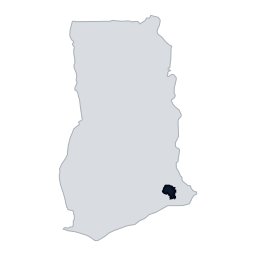 location of North Tongu, Volta, Ghana
{"feature_id": "2480657B35012095074914", "entity_name": "North Tongu", "entity_type": "district", "adm_level": 2, "iso_a3": "GHA", "parent_name": "Ghana", "parent_adm1": "Volta", "projection": "robinson", "projection_center": [0.298, 6.144], "detail": "fine", "context": "in_parent", "style": "filled", "palette": "ink", "viewbox_px": 256, "rotation_deg": 0, "n_neighbors": 0, "source": "geoboundaries", "source_scale": "gbopen_adm2", "svg_char_len": 5282}
<svg xmlns="http://www.w3.org/2000/svg" viewBox="0 0 256 256"><path d="M157.8,17.2L159.8,19.3L160.2,20.5L159.5,25.1L158.0,28.2L157.1,31.2L157.2,32.7L158.1,34.2L161.1,36.6L162.7,38.1L164.5,40.4L166.6,42.7L170.2,45.6L171.7,46.1L171.6,47.0L171.1,48.1L170.8,59.0L170.5,61.9L170.2,63.3L169.9,67.4L169.5,68.0L168.8,67.9L168.2,68.1L168.1,68.9L168.3,69.7L170.5,70.3L170.0,70.9L168.4,71.5L167.7,72.7L168.0,74.1L167.1,75.3L167.4,76.0L167.9,76.6L168.8,76.4L171.4,74.5L172.4,74.3L173.7,74.7L176.2,77.6L176.3,79.0L175.3,83.8L174.3,87.5L174.1,92.5L175.2,95.3L175.0,96.8L173.9,98.1L171.4,100.0L171.6,101.4L172.7,103.8L174.8,106.5L179.0,109.9L181.1,114.3L181.2,116.1L179.9,117.8L178.4,119.4L178.0,121.6L178.6,136.3L175.4,142.7L175.3,144.5L175.7,146.6L176.5,147.9L178.2,148.3L179.5,149.5L179.1,154.0L178.3,158.5L178.2,160.7L177.8,161.8L176.5,162.6L176.1,164.1L176.4,165.9L176.2,167.2L176.9,168.9L178.3,171.0L180.7,176.3L181.6,176.7L182.0,177.8L181.8,178.9L182.7,181.2L185.4,183.5L188.1,185.6L190.4,185.8L190.9,187.7L192.4,190.0L193.5,191.0L195.2,191.7L196.6,192.0L196.7,194.0L194.1,195.3L192.4,197.3L191.1,200.4L189.3,203.8L183.1,205.5L180.7,205.6L167.9,205.6L155.9,212.3L149.0,214.7L144.8,218.4L139.1,221.1L135.1,224.3L126.8,225.9L113.3,230.9L109.0,233.0L104.7,236.5L97.7,240.6L95.0,240.6L89.5,236.7L85.4,234.8L75.4,231.8L67.9,230.7L64.2,229.4L63.2,229.2L64.1,227.8L66.2,227.7L68.4,228.1L70.0,227.0L72.5,226.9L73.1,225.8L73.3,223.0L73.3,220.7L74.2,219.7L74.4,217.1L73.2,211.2L72.4,210.5L68.0,209.7L67.7,208.5L66.9,207.3L66.0,204.2L65.1,199.7L63.6,194.1L60.6,184.9L59.9,181.6L59.4,178.3L59.3,174.3L59.9,172.8L59.8,170.8L59.6,168.7L61.7,164.0L65.7,158.3L66.6,156.2L67.4,154.7L67.5,152.7L68.2,145.9L70.2,137.8L71.4,134.8L72.2,133.1L73.2,130.4L73.5,129.2L77.2,126.0L78.9,125.1L79.3,123.9L78.7,122.5L79.0,121.6L79.9,121.1L81.3,120.7L82.3,119.4L80.7,109.4L79.5,99.4L79.4,98.6L78.6,97.2L77.9,93.1L76.6,90.7L74.9,90.0L74.9,87.7L76.7,83.9L77.1,81.6L76.3,81.0L76.2,79.2L76.8,76.4L76.5,74.7L76.2,72.8L74.3,68.4L73.9,65.3L74.8,63.5L74.8,59.6L73.8,53.5L73.7,49.6L74.3,48.0L74.0,46.5L72.7,45.0L72.6,43.6L73.7,42.3L73.6,41.2L72.2,40.4L70.9,38.5L69.8,35.6L70.0,30.8L72.2,22.0L72.5,21.3L74.9,21.3L74.9,21.7L82.4,21.6L90.9,21.5L101.2,21.4L110.5,21.3L110.9,20.9L112.4,20.4L121.8,21.3L127.7,20.9L130.2,21.2L132.0,21.8L136.1,21.4L138.2,21.6L139.9,23.8L140.5,23.8L141.4,22.9L143.1,21.8L144.7,21.0L145.9,19.3L146.6,18.0L147.7,18.2L149.2,18.1L150.2,17.0L150.7,15.4L157.8,17.2Z" fill="#d9dde1" stroke="#a8b0b8" stroke-width="1"/><path d="M170.5,198.7L170.8,198.7L171.2,198.5L171.9,198.5L172.0,198.5L172.2,198.4L172.4,198.3L172.6,198.3L172.8,198.2L173.0,198.1L173.3,198.0L173.5,197.8L173.5,197.7L173.6,197.4L173.6,197.2L173.8,197.1L174.0,197.1L174.4,197.2L174.6,197.3L174.8,197.4L174.9,197.5L174.9,197.8L174.9,198.0L175.0,197.9L175.1,197.7L175.1,197.3L175.3,197.4L175.3,197.2L175.2,197.1L175.3,197.1L175.3,196.9L175.2,196.8L175.3,196.8L175.3,196.7L175.2,196.5L175.1,196.4L174.9,196.3L174.7,196.3L174.6,196.2L174.3,196.1L174.2,196.1L174.3,196.0L174.2,195.9L174.3,195.9L174.2,195.8L174.3,195.8L174.3,195.7L174.5,195.7L174.5,195.4L174.4,195.4L174.2,195.2L174.1,194.9L173.8,194.8L173.7,194.7L173.6,194.4L173.3,194.3L173.3,194.1L173.5,194.1L173.9,194.2L174.0,194.4L174.2,194.2L174.1,193.9L174.0,193.7L173.9,193.7L174.0,193.7L173.9,193.5L173.9,193.4L173.9,193.2L174.0,193.0L174.0,192.9L174.1,192.7L174.3,192.5L174.6,192.8L174.6,192.7L174.8,192.7L175.0,192.4L175.0,192.2L175.2,191.9L175.3,191.9L175.2,191.9L175.3,191.8L175.4,191.7L175.5,191.7L175.4,191.4L175.4,191.2L175.5,190.7L175.4,190.7L175.4,190.4L175.4,190.2L175.2,190.1L174.8,190.4L174.7,190.4L174.6,190.2L174.4,190.2L174.4,190.3L174.2,190.1L174.0,189.8L173.9,189.9L173.6,189.8L173.4,189.8L173.4,189.7L173.5,189.7L173.7,189.4L173.9,189.2L174.0,189.2L174.4,188.1L174.5,188.2L174.7,187.9L174.4,187.8L174.2,188.0L174.1,187.9L173.2,187.8L173.0,188.0L172.9,188.0L172.8,187.9L172.7,187.7L172.7,187.4L172.4,187.2L172.4,186.8L172.3,186.7L172.2,186.8L172.2,186.7L172.0,186.4L171.8,186.4L171.6,186.3L171.4,186.5L171.2,186.4L170.9,186.2L170.7,186.1L170.3,186.1L170.2,186.0L170.1,185.9L169.8,185.8L169.7,185.7L169.4,185.4L166.0,185.4L165.7,185.4L165.5,185.5L165.3,185.5L165.2,185.6L165.2,185.8L165.1,186.0L165.3,186.2L165.3,186.3L165.3,186.5L165.2,186.5L164.9,186.5L164.7,186.8L164.7,187.0L164.1,187.8L164.1,188.0L163.9,188.0L163.9,188.4L163.8,188.5L163.7,188.7L163.7,188.8L163.6,189.2L163.6,189.4L163.1,190.5L162.8,190.9L162.8,191.0L162.8,191.4L162.7,191.4L162.7,191.5L162.8,191.7L162.9,191.9L163.0,192.0L163.3,192.3L163.4,192.2L163.4,192.3L163.6,192.3L163.6,192.5L163.8,192.8L164.2,193.1L164.3,193.2L164.3,193.3L164.3,193.2L164.3,193.3L164.3,193.2L164.4,193.3L164.5,193.3L165.0,193.5L165.5,193.6L165.8,193.7L166.3,193.4L166.4,193.5L166.5,193.5L166.5,193.4L166.6,193.5L166.7,193.4L167.1,193.3L167.1,193.2L167.0,193.3L167.0,193.2L167.0,193.3L167.1,193.2L167.3,193.3L167.5,193.4L167.7,193.6L168.0,193.7L168.1,193.8L168.4,193.9L168.5,194.1L168.7,194.3L168.8,194.4L168.8,194.5L168.8,194.8L169.0,195.1L169.8,195.2L169.9,195.3L170.3,195.4L170.3,195.6L170.2,195.8L170.4,196.1L170.5,196.1L170.7,196.3L170.4,196.4L170.2,196.9L170.1,197.2L170.1,197.3L170.4,197.5L170.6,197.5L170.8,197.5L170.7,197.9L170.7,198.1L170.7,198.3L170.5,198.7Z" fill="#0f172a" stroke="#020617" stroke-width="1.5"/></svg>